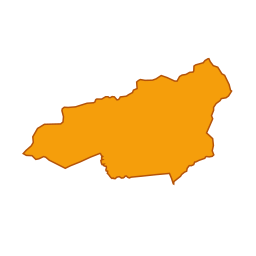 the district of Ippy, Ouaka, Central African Republic, rotated 264°
{"feature_id": "33826404B55816089636663", "entity_name": "Ippy", "entity_type": "district", "adm_level": 2, "iso_a3": "CAF", "parent_name": "Central African Republic", "parent_adm1": "Ouaka", "projection": "natural_earth1", "projection_center": [21.235, 6.7], "detail": "fine", "context": "isolated", "style": "filled", "palette": "amber", "viewbox_px": 256, "rotation_deg": 264, "n_neighbors": 0, "source": "geoboundaries", "source_scale": "gbopen_adm2", "svg_char_len": 2063}
<svg xmlns="http://www.w3.org/2000/svg" viewBox="0 0 256 256"><g transform="rotate(264 128 128)"><path d="M94.5,61.4L96.5,66.9L99.4,77.1L103.0,87.7L105.7,97.5L105.1,98.1L103.4,98.7L102.9,98.9L102.7,99.5L102.4,99.9L102.1,99.6L101.8,98.8L101.0,98.6L99.8,98.6L99.3,99.4L99.1,98.2L98.4,97.6L97.5,97.7L96.1,97.8L94.4,98.3L94.4,98.7L94.5,99.6L94.5,100.1L94.1,99.6L93.3,99.6L92.4,101.2L92.1,102.4L91.1,102.4L89.8,102.1L88.6,101.6L87.5,101.9L87.2,103.2L86.1,103.1L85.0,102.7L84.0,103.7L81.9,104.9L80.5,105.8L79.5,106.8L79.8,108.0L79.1,108.7L79.0,110.2L80.1,111.4L80.4,112.6L80.5,114.3L78.9,116.2L78.9,118.1L79.4,119.1L80.4,120.1L80.4,121.4L79.0,122.6L78.2,124.1L78.8,126.1L78.7,136.4L78.7,151.6L78.5,164.5L73.1,166.1L67.8,167.2L67.5,167.6L69.9,168.0L74.5,175.2L76.2,176.5L78.2,179.6L78.9,181.8L81.7,182.6L84.2,185.0L83.9,187.0L84.7,189.5L87.1,190.7L87.2,192.0L88.4,195.2L89.4,199.4L89.8,201.2L91.1,202.1L91.4,203.1L90.8,205.8L91.0,208.8L92.3,210.5L96.5,209.4L101.7,211.1L108.6,211.1L114.9,205.6L128.3,213.2L131.5,212.3L136.7,215.0L139.6,215.3L143.1,218.2L145.6,222.4L147.5,223.9L147.8,228.6L149.3,231.3L153.9,234.9L154.9,233.9L160.6,233.1L170.3,229.6L172.1,227.0L179.1,223.6L181.1,219.3L185.4,216.7L188.5,215.7L188.5,214.8L187.1,211.7L185.0,209.6L183.7,201.9L182.7,200.1L177.9,199.4L176.8,198.4L176.9,195.2L175.2,191.2L175.0,187.3L173.8,184.7L169.5,181.7L169.8,179.3L174.1,172.1L176.7,166.5L173.9,161.0L173.0,157.2L173.6,149.9L174.9,145.3L174.1,143.3L172.8,141.4L166.3,141.2L165.1,137.4L162.8,136.2L161.0,131.9L159.8,129.7L159.7,123.6L158.0,122.4L157.3,121.4L157.1,120.0L160.4,117.7L160.9,115.5L160.1,113.7L160.2,112.4L161.2,111.4L161.4,109.0L159.5,104.8L160.0,100.6L160.0,99.6L159.3,98.7L157.4,97.9L156.7,96.4L156.9,89.8L155.1,80.9L154.5,78.1L154.7,70.5L155.3,66.8L153.9,64.6L152.1,64.1L148.8,64.6L146.0,65.0L140.8,64.0L139.1,61.5L139.7,54.2L140.4,45.2L137.0,38.0L129.2,32.4L123.6,32.3L120.4,30.0L116.3,24.2L113.5,21.1L111.4,24.0L110.5,29.7L106.4,33.0L106.7,36.2L108.4,41.0L107.6,43.1L104.3,46.2L94.5,61.4Z" fill="#f59e0b" stroke="#b45309" stroke-width="1.5"/></g></svg>